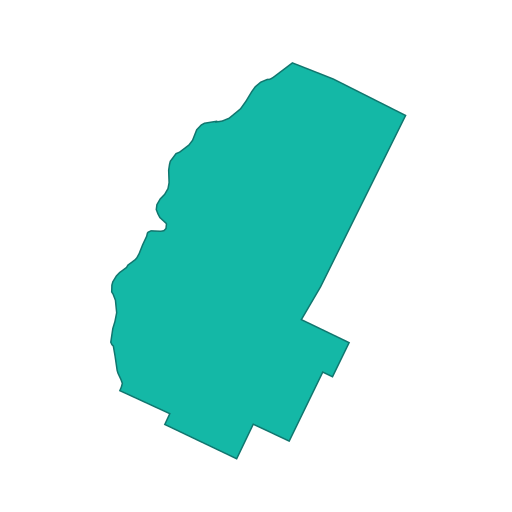 Jefferson, Ohio, United States of America, rotated 204°
{"feature_id": "52423323B31823357110320", "entity_name": "Jefferson", "entity_type": "district", "adm_level": 2, "iso_a3": "USA", "parent_name": "United States of America", "parent_adm1": "Ohio", "projection": "natural_earth1", "projection_center": [-80.666, 40.377], "detail": "fine", "context": "isolated", "style": "filled", "palette": "teal", "viewbox_px": 512, "rotation_deg": 204, "n_neighbors": 0, "source": "geoboundaries", "source_scale": "gbopen_adm2", "svg_char_len": 1158}
<svg xmlns="http://www.w3.org/2000/svg" viewBox="0 0 512 512"><g transform="rotate(204 256 256)"><path d="M176.5,445.2L257.4,449.1L301.3,447.2L313.0,426.0L314.6,423.8L315.8,422.6L316.0,422.6L317.5,421.9L322.4,416.7L325.5,410.3L326.7,404.6L328.1,393.4L330.0,384.1L336.6,370.9L341.8,365.5L346.9,362.2L347.0,362.9L357.1,356.3L359.3,353.4L361.5,347.2L361.0,335.9L362.4,330.1L368.1,319.7L370.7,317.0L372.8,307.7L372.3,304.7L370.7,298.9L365.2,287.6L363.8,281.8L363.8,281.7L364.5,275.2L366.7,269.2L367.4,262.6L366.0,257.9L362.7,254.6L359.4,252.0L351.4,249.3L350.8,248.8L349.4,244.5L350.4,241.7L352.1,240.5L353.2,239.8L362.1,236.3L364.2,233.9L364.5,232.8L363.9,229.5L364.1,220.1L363.7,210.7L364.1,205.9L364.9,203.4L369.3,195.6L369.6,192.9L373.8,185.5L375.4,181.1L376.3,174.2L375.8,170.8L373.2,164.5L371.0,163.0L366.4,158.4L360.2,147.5L358.2,138.7L357.3,131.5L353.6,118.2L351.5,116.4L349.7,115.7L344.0,107.2L336.3,95.0L334.3,92.7L329.2,88.3L326.3,85.3L325.7,81.5L325.6,77.6L270.6,76.9L270.8,65.0L191.2,62.9L190.1,101.2L150.4,100.4L147.8,177.1L137.0,176.8L135.7,214.7L188.7,216.3L184.5,254.0L176.5,445.2Z" fill="#14b8a6" stroke="#0f766e" stroke-width="1.5"/></g></svg>